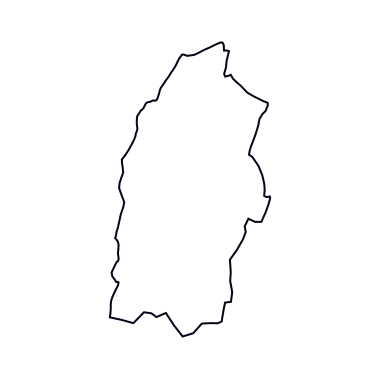 Vallentuna, Stockholm, Sweden (Equal Earth projection), rotated 115°
{"feature_id": "70781695B12821480851485", "entity_name": "Vallentuna", "entity_type": "district", "adm_level": 2, "iso_a3": "SWE", "parent_name": "Sweden", "parent_adm1": "Stockholm", "projection": "equal_earth", "projection_center": [18.204, 59.607], "detail": "fine", "context": "isolated", "style": "outline", "palette": "ink", "viewbox_px": 384, "rotation_deg": 115, "n_neighbors": 0, "source": "geoboundaries", "source_scale": "gbopen_adm2", "svg_char_len": 1999}
<svg xmlns="http://www.w3.org/2000/svg" viewBox="0 0 384 384"><g transform="rotate(115 192 192)"><path d="M189.7,116.5L178.7,116.7L171.5,117.4L167.8,117.9L164.3,118.6L163.2,119.7L165.2,122.4L164.9,125.0L159.2,127.1L154.0,130.0L147.1,135.4L140.5,142.5L134.7,152.1L134.1,156.1L130.1,157.2L125.8,157.8L120.0,158.2L113.4,158.7L106.8,159.6L102.2,160.4L97.3,161.7L91.3,161.0L87.6,159.6L81.5,159.9L79.2,161.1L79.5,166.2L79.2,176.5L78.6,183.7L75.1,192.8L73.4,198.7L72.0,202.7L69.4,206.4L71.1,207.9L73.4,210.7L71.4,212.8L65.0,213.8L58.4,216.1L48.8,218.0L49.0,220.2L50.3,222.7L48.1,223.9L45.4,225.3L43.7,227.5L44.6,229.6L48.7,233.2L54.0,237.4L58.0,241.0L63.7,245.3L66.9,248.1L70.7,254.0L70.9,257.5L71.5,258.7L71.6,259.1L74.4,259.6L76.8,260.1L84.5,260.2L90.3,260.9L92.3,261.4L97.3,261.9L102.2,262.9L107.4,263.7L111.1,264.3L114.2,264.0L117.0,263.4L120.3,263.0L123.1,262.8L124.7,263.7L125.6,266.2L127.7,267.8L129.3,270.0L131.0,271.2L137.1,271.5L139.5,272.7L143.7,273.3L146.4,273.7L146.5,273.7L149.4,272.7L152.5,271.4L154.8,270.1L157.7,268.2L160.1,267.7L162.7,267.6L165.5,266.8L169.9,266.6L179.6,267.1L184.2,267.7L187.9,268.3L192.2,269.3L195.5,267.6L198.6,265.5L203.4,262.6L208.9,262.1L214.5,261.4L219.1,259.8L222.0,257.1L224.4,254.7L227.9,251.1L230.1,249.0L235.5,247.8L241.9,247.2L246.7,246.1L255.6,244.1L260.2,243.5L263.7,242.4L266.2,242.3L267.3,239.9L268.4,238.2L270.7,236.3L274.9,234.6L278.4,233.4L280.8,232.0L283.4,230.3L285.6,229.8L287.2,230.7L295.3,230.9L299.0,230.8L302.1,228.6L304.2,224.7L305.6,222.7L304.7,221.0L304.9,220.4L307.7,219.6L313.0,219.8L320.7,219.8L324.6,219.3L328.1,218.2L332.1,216.3L336.6,214.6L340.3,213.5L337.6,201.5L335.6,189.7L321.3,184.7L319.1,177.5L320.4,171.4L312.7,164.6L320.9,151.2L326.9,139.4L319.5,131.2L307.1,127.5L303.0,119.8L300.1,113.2L296.9,110.4L285.3,113.6L278.3,115.3L275.0,110.3L265.8,113.2L256.5,119.8L248.7,122.8L237.3,129.0L225.2,126.8L213.4,125.8L205.5,126.4L200.9,129.7L192.4,129.6L192.4,122.1L189.7,116.5Z" fill="none" stroke="#020617" stroke-width="2"/></g></svg>